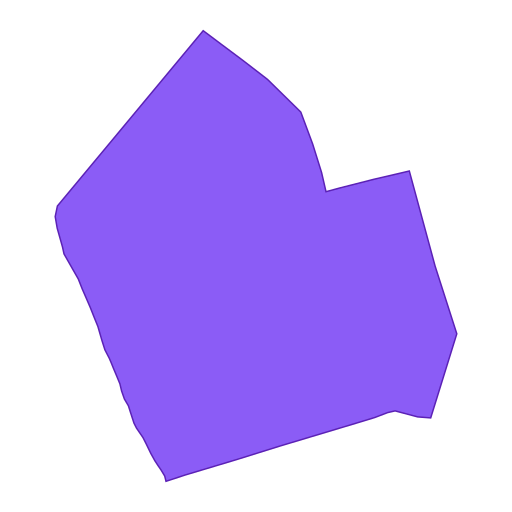 DuqqI, Al Jizah, Egypt (Mercator projection)
{"feature_id": "37247803B46347292779018", "entity_name": "DuqqI", "entity_type": "district", "adm_level": 2, "iso_a3": "EGY", "parent_name": "Egypt", "parent_adm1": "Al Jizah", "projection": "mercator", "projection_center": [31.205, 30.043], "detail": "fine", "context": "isolated", "style": "filled", "palette": "violet", "viewbox_px": 512, "rotation_deg": 0, "n_neighbors": 0, "source": "geoboundaries", "source_scale": "gbopen_adm2", "svg_char_len": 835}
<svg xmlns="http://www.w3.org/2000/svg" viewBox="0 0 512 512"><path d="M57.4,206.0L55.2,216.6L57.2,228.2L62.5,247.0L64.0,253.9L72.7,269.2L78.3,279.0L82.2,288.9L86.0,297.6L90.4,307.8L94.4,317.9L97.9,326.5L100.0,333.8L102.0,340.7L104.9,349.8L109.2,358.1L111.3,363.0L113.4,368.2L116.3,375.1L119.9,383.8L121.6,391.0L124.4,399.0L128.4,405.8L130.3,411.8L134.0,423.2L136.5,428.1L143.0,437.6L146.3,444.1L150.9,453.6L154.9,460.8L158.1,465.7L161.0,469.9L164.7,476.0L166.0,481.3L185.2,475.0L235.9,459.8L279.1,446.3L362.4,421.3L374.8,417.5L387.6,412.6L395.1,410.9L417.7,416.9L430.7,417.9L456.8,333.8L435.1,266.1L409.3,171.0L402.6,172.6L373.8,179.3L340.4,187.8L326.0,191.7L321.6,172.6L312.7,144.1L300.8,112.1L293.8,105.2L267.5,79.4L243.0,60.5L220.5,43.7L203.2,30.7L124.3,125.6L57.4,206.0Z" fill="#8b5cf6" stroke="#5b21b6" stroke-width="1.5"/></svg>